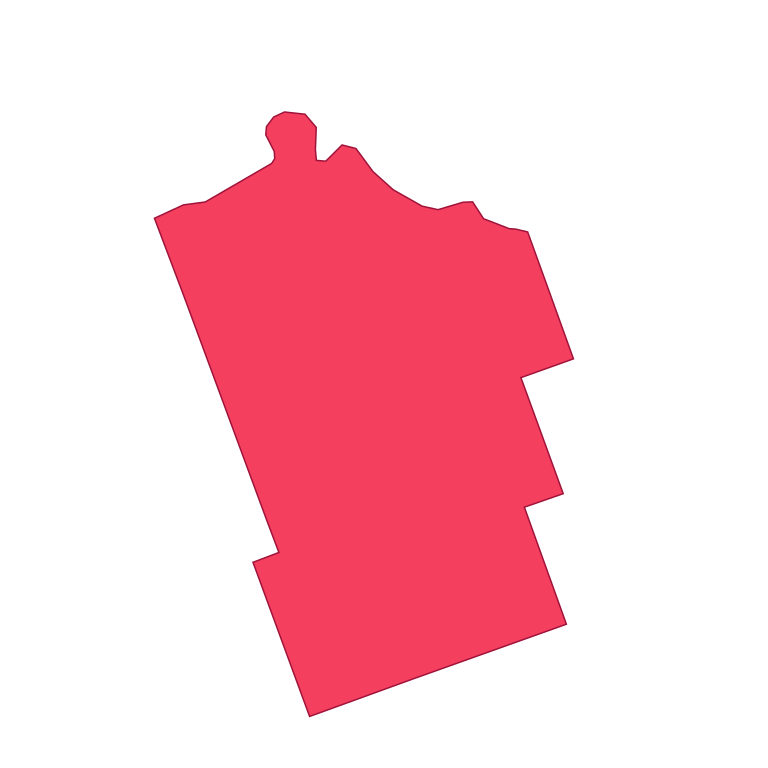 Pope, Arkansas, United States of America (orthographic projection), rotated 159°
{"feature_id": "52423323B50605624473743", "entity_name": "Pope", "entity_type": "district", "adm_level": 2, "iso_a3": "USA", "parent_name": "United States of America", "parent_adm1": "Arkansas", "projection": "orthographic", "projection_center": [-93.077, 35.423], "detail": "fine", "context": "isolated", "style": "filled", "palette": "rose", "viewbox_px": 768, "rotation_deg": 159, "n_neighbors": 0, "source": "geoboundaries", "source_scale": "gbopen_adm2", "svg_char_len": 673}
<svg xmlns="http://www.w3.org/2000/svg" viewBox="0 0 768 768"><g transform="rotate(159 384 384)"><path d="M572.6,100.3L463.7,98.3L299.8,94.4L297.1,218.7L256.0,217.4L254.1,327.2L253.9,340.9L198.1,339.6L196.4,422.1L195.4,474.5L205.7,481.5L211.4,484.1L231.8,502.6L236.0,522.3L245.1,525.4L271.1,527.4L284.7,536.4L305.8,562.0L318.2,586.3L325.8,613.9L337.5,622.2L358.5,612.9L367.0,617.0L364.0,627.5L355.3,647.8L361.1,664.2L379.4,673.6L391.3,672.8L401.5,666.4L405.1,659.0L403.1,640.4L405.3,633.5L409.8,630.2L485.7,618.0L507.1,623.1L538.9,621.0L539.3,538.2L541.7,346.1L542.3,298.1L542.5,264.4L570.2,264.5L572.6,100.3Z" fill="#f43f5e" stroke="#9f1239" stroke-width="1.5"/></g></svg>